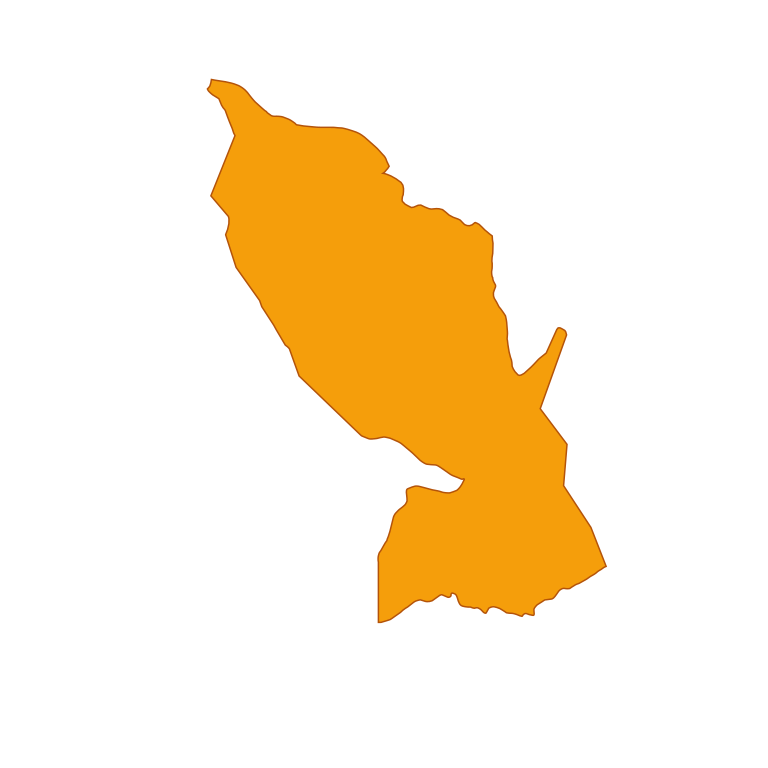 Vado Ancho, El Paraíso, Honduras, rotated 112°
{"feature_id": "27666195B76595113857627", "entity_name": "Vado Ancho", "entity_type": "district", "adm_level": 2, "iso_a3": "HND", "parent_name": "Honduras", "parent_adm1": "El Paraíso", "projection": "natural_earth1", "projection_center": [-86.936, 13.636], "detail": "fine", "context": "isolated", "style": "filled", "palette": "amber", "viewbox_px": 768, "rotation_deg": 112, "n_neighbors": 0, "source": "geoboundaries", "source_scale": "gbopen_adm2", "svg_char_len": 6171}
<svg xmlns="http://www.w3.org/2000/svg" viewBox="0 0 768 768"><g transform="rotate(112 384 384)"><path d="M607.1,299.9L606.4,298.1L606.0,297.3L604.8,295.8L602.1,292.4L600.5,290.5L599.9,289.9L598.5,288.9L594.9,286.6L590.9,284.0L589.5,283.1L586.7,281.8L585.4,281.0L584.1,280.2L581.8,278.5L577.8,276.2L575.2,274.7L574.1,273.9L573.4,273.3L571.9,271.5L571.1,270.4L570.5,269.4L570.1,264.5L569.9,263.4L569.6,262.4L569.1,261.4L568.7,260.5L568.0,259.6L567.2,258.5L566.7,258.0L559.3,253.3L558.4,252.5L557.9,251.8L557.7,251.3L557.7,250.7L557.8,245.1L557.6,244.3L557.3,243.8L557.1,243.5L556.5,243.0L556.0,242.7L555.1,242.6L554.1,243.0L553.4,243.1L552.7,242.9L552.5,242.7L552.3,242.4L552.2,241.9L552.1,241.2L552.1,239.9L552.2,239.1L552.7,238.0L553.1,237.5L553.8,236.8L555.5,235.3L557.3,233.9L557.8,233.4L559.3,231.8L559.8,231.1L560.2,230.3L560.5,229.4L560.5,228.9L560.5,227.7L560.1,225.4L559.4,222.8L559.0,221.7L558.6,220.7L558.4,220.1L558.4,219.5L558.4,218.1L558.2,216.9L557.9,215.9L557.1,215.0L556.8,214.4L556.5,213.6L556.4,212.9L556.5,211.7L556.7,210.4L557.1,209.1L558.3,206.5L558.6,205.4L558.6,204.5L558.5,204.2L558.4,203.8L558.1,203.6L557.9,203.5L552.9,202.9L552.4,202.7L551.5,201.9L550.6,200.9L550.0,200.0L549.4,198.8L549.2,197.7L548.9,195.6L548.8,192.6L549.2,189.9L549.8,186.6L550.2,185.0L550.2,184.5L549.6,182.1L548.6,179.2L548.3,177.7L548.1,176.0L548.0,174.4L548.0,171.1L547.8,169.7L547.7,169.1L547.4,168.8L547.1,168.7L546.6,168.7L546.1,168.6L545.1,168.1L544.4,167.7L543.9,167.0L543.7,166.5L543.5,165.8L543.4,163.0L542.9,160.1L542.7,159.3L542.5,158.8L542.3,158.6L541.9,158.5L541.0,158.6L537.5,160.3L536.7,160.6L536.2,160.6L534.9,160.5L533.6,160.1L532.1,159.6L531.1,159.1L526.8,156.0L524.3,154.3L524.0,154.1L520.9,148.6L520.4,147.8L519.7,147.2L519.1,146.8L518.5,146.5L516.9,145.9L514.6,145.3L511.9,144.7L510.6,144.4L509.2,143.8L507.9,142.9L506.9,142.0L506.3,141.1L506.0,140.4L505.6,138.7L505.1,137.2L504.3,135.6L503.9,135.1L501.9,133.8L498.5,131.3L497.5,130.4L496.2,128.9L495.6,128.3L488.8,122.9L485.2,120.6L482.3,118.3L480.9,117.3L479.8,116.6L478.0,115.7L476.9,115.0L474.4,113.1L471.7,111.4L470.7,110.5L469.9,109.7L439.5,138.4L411.0,179.4L371.4,191.7L348.4,229.9L270.1,233.1L267.6,235.0L266.7,236.3L266.5,237.1L266.1,240.1L266.0,241.7L266.3,242.7L266.8,243.6L268.7,244.2L294.5,245.2L302.0,249.4L303.5,250.1L309.5,252.4L313.3,254.0L318.3,256.4L321.6,258.0L324.3,260.2L325.3,261.7L325.4,263.1L323.5,267.2L321.7,269.7L319.6,271.8L316.3,273.4L313.9,274.9L311.9,276.7L307.3,280.1L301.2,283.8L297.5,285.8L296.2,286.7L291.0,288.4L289.0,289.3L280.8,293.4L278.4,294.8L275.3,296.9L273.2,299.9L270.6,304.0L269.3,306.4L266.0,310.2L263.3,313.8L261.4,315.4L258.5,316.7L256.3,316.9L252.1,317.0L251.2,317.3L250.5,317.7L247.9,320.8L246.3,322.2L244.6,323.1L243.9,324.0L241.8,325.3L239.6,326.3L236.6,327.0L234.3,327.8L231.6,328.9L229.7,330.0L226.2,331.2L222.2,332.1L218.4,333.5L212.6,335.7L209.8,337.4L206.2,339.1L205.7,340.9L205.3,342.5L203.3,348.5L201.9,351.7L200.4,355.5L200.1,357.8L200.1,359.8L200.5,360.3L201.4,360.8L203.4,361.9L205.2,364.0L206.0,366.4L206.0,369.0L204.6,372.3L203.5,374.7L203.3,377.2L203.5,382.3L203.0,386.9L201.5,391.3L200.4,395.0L200.9,398.6L201.8,401.2L204.1,405.7L204.6,408.0L204.6,412.5L204.3,416.9L205.5,419.3L209.0,422.8L210.1,424.8L209.8,428.5L209.4,431.7L207.8,435.4L206.3,436.3L203.4,437.1L201.4,437.1L198.1,438.1L195.5,439.1L192.6,441.0L190.7,443.8L189.8,447.6L189.3,449.5L188.5,455.7L188.5,459.7L188.7,462.4L189.0,463.9L188.6,463.6L187.0,462.7L185.0,462.1L182.8,461.3L180.2,460.8L176.4,464.9L175.4,465.8L174.4,466.7L173.3,468.1L172.7,469.0L171.3,472.0L168.2,478.4L167.3,480.8L162.4,494.6L161.6,497.7L161.1,500.4L161.0,501.9L160.9,504.0L161.1,508.1L161.5,513.1L162.0,516.8L162.4,518.9L163.6,522.4L164.7,526.2L165.3,527.8L167.5,533.3L169.8,539.0L170.9,542.0L171.9,545.2L174.9,555.3L176.4,562.1L176.4,562.3L176.3,562.7L175.6,564.2L175.1,566.2L174.6,568.5L174.3,570.3L174.2,572.2L174.3,577.8L174.6,579.6L175.2,581.7L175.9,583.7L176.9,586.1L177.3,587.4L177.4,589.0L176.2,593.9L176.0,594.3L175.7,594.7L175.5,595.0L175.1,597.0L173.9,600.5L170.8,609.0L169.8,611.1L168.5,613.6L166.4,617.3L164.9,619.8L164.2,621.3L163.4,623.1L162.8,625.0L162.4,626.6L162.1,628.1L161.8,630.2L161.8,632.0L161.9,635.5L162.2,638.4L163.2,644.3L165.6,654.5L166.3,658.1L169.4,657.4L172.6,657.1L173.5,657.2L174.4,657.5L175.4,657.8L176.5,658.3L176.8,658.1L177.8,656.9L178.3,656.0L179.2,653.9L179.7,652.4L180.1,651.1L181.1,645.3L181.3,644.1L181.5,643.8L186.3,639.1L188.1,636.7L189.3,634.4L190.1,633.4L190.9,632.7L194.7,629.3L199.0,625.3L204.0,620.4L207.6,617.4L208.1,616.8L209.5,615.2L274.4,615.0L286.9,591.1L287.9,590.3L289.2,589.5L293.4,587.9L299.2,586.9L304.1,586.8L305.0,586.7L331.3,564.8L353.2,530.6L358.1,526.3L370.8,508.2L374.0,504.3L384.9,490.1L385.3,488.6L385.6,487.5L386.1,486.3L386.7,485.0L408.4,465.7L439.9,387.0L440.3,385.9L440.5,385.0L440.5,382.8L440.5,378.7L440.4,377.2L440.2,376.3L439.4,374.4L437.9,371.5L437.1,370.1L435.0,367.2L433.2,364.3L432.8,363.0L432.3,360.2L432.0,358.2L432.0,356.8L432.2,349.3L432.4,347.5L432.7,345.9L433.2,344.2L437.2,332.0L439.1,327.2L441.2,322.0L441.8,319.7L442.3,317.0L442.4,315.2L442.3,314.2L441.2,310.3L439.8,306.1L439.7,305.5L439.6,304.7L439.7,303.0L440.0,301.4L441.1,296.3L442.6,289.9L442.9,288.6L443.1,286.9L443.2,285.4L443.1,280.6L443.2,276.8L443.1,276.2L442.9,275.7L442.7,275.4L442.1,274.7L442.0,274.3L442.3,273.9L442.5,273.8L443.0,273.8L447.7,274.2L450.8,274.8L452.1,275.2L453.9,275.9L455.1,276.5L455.9,277.2L458.2,279.7L460.3,282.2L460.8,283.3L461.4,285.0L461.9,286.7L462.3,288.3L462.5,289.7L462.7,292.6L463.0,294.4L464.0,299.4L464.3,301.7L465.1,308.3L465.6,312.0L465.8,313.5L466.3,315.2L466.7,316.2L467.2,317.1L469.2,319.6L472.0,322.5L472.7,323.1L473.5,323.3L473.8,323.3L474.4,323.2L476.0,322.7L481.1,320.0L483.4,319.0L483.9,318.8L484.9,318.8L487.0,319.0L487.8,319.2L488.6,319.5L491.2,320.8L494.4,322.7L495.6,323.3L499.4,324.8L500.4,325.1L501.9,325.3L503.2,325.4L504.3,325.3L518.4,323.3L523.7,322.9L526.7,322.9L527.8,322.7L528.3,322.7L529.4,323.0L530.7,323.3L534.2,323.8L539.6,324.5L542.0,325.1L543.3,325.1L545.1,324.9L546.6,324.6L548.3,324.0L550.1,323.2L551.2,322.5L607.1,299.9Z" fill="#f59e0b" stroke="#b45309" stroke-width="1.5"/></g></svg>